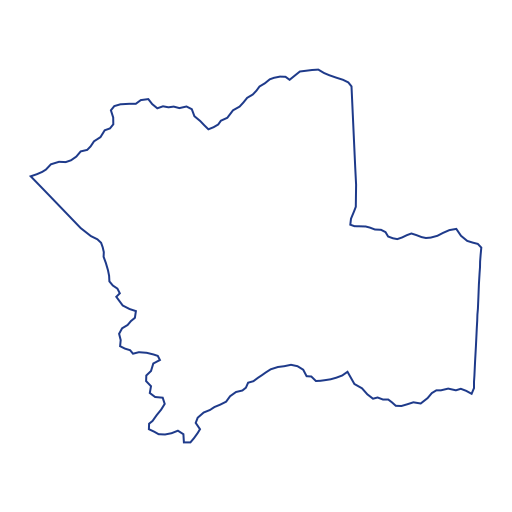 the district of Rio Bonito, Rio de Janeiro, Brazil
{"feature_id": "56859067B12785647201929", "entity_name": "Rio Bonito", "entity_type": "district", "adm_level": 2, "iso_a3": "BRA", "parent_name": "Brazil", "parent_adm1": "Rio de Janeiro", "projection": "albers", "projection_center": [-42.592, -22.736], "detail": "fine", "context": "isolated", "style": "outline", "palette": "blue", "viewbox_px": 512, "rotation_deg": 0, "n_neighbors": 0, "source": "geoboundaries", "source_scale": "gbopen_adm2", "svg_char_len": 2812}
<svg xmlns="http://www.w3.org/2000/svg" viewBox="0 0 512 512"><path d="M481.3,247.6L477.8,243.9L472.7,242.6L467.2,240.9L461.0,235.8L456.3,228.9L449.4,230.1L443.0,232.9L437.4,235.8L430.7,237.6L425.9,238.0L421.6,237.1L416.4,235.1L411.4,233.5L407.0,235.1L402.0,237.5L397.3,239.1L393.0,238.3L388.1,236.5L385.5,232.1L381.0,229.8L374.9,229.5L369.9,227.6L365.7,226.5L359.8,226.3L354.5,226.2L350.3,224.7L351.0,218.7L354.0,211.5L355.8,206.8L356.1,184.8L355.2,167.1L351.5,86.4L348.3,82.4L343.0,79.8L336.1,77.6L329.2,75.2L324.0,73.0L318.3,69.6L312.0,70.0L305.6,70.8L299.9,71.5L294.9,75.5L289.6,79.8L285.5,76.8L280.0,76.6L274.0,77.8L269.8,79.3L265.0,83.2L259.5,86.5L256.4,90.7L252.8,94.5L247.2,97.8L243.3,102.6L239.6,106.6L233.0,110.3L227.3,117.8L220.9,120.7L218.2,124.5L213.6,127.2L208.4,129.3L204.3,125.3L200.2,121.0L194.4,116.2L191.8,109.2L186.5,106.5L179.4,108.1L173.7,106.6L168.5,107.3L163.0,106.3L157.3,108.3L152.2,104.1L148.3,99.1L140.8,100.1L135.8,103.8L129.2,103.8L120.4,104.3L114.3,106.1L110.9,110.3L113.2,117.5L113.3,124.3L110.0,128.4L104.7,130.3L100.5,137.1L94.0,141.3L90.6,146.4L87.2,149.9L80.7,151.4L76.3,156.6L71.0,160.3L65.7,162.1L59.0,161.8L50.9,164.3L45.9,169.6L42.2,171.9L36.9,174.2L30.7,176.3L46.8,192.9L80.7,228.1L90.9,236.1L97.4,239.3L101.1,242.8L102.7,247.3L103.8,252.1L103.6,256.8L105.9,263.1L108.0,270.3L109.1,275.8L109.4,281.4L112.8,285.5L117.4,288.6L119.8,293.3L116.3,296.8L119.6,301.3L122.7,305.5L129.5,309.0L135.9,311.1L134.9,317.8L130.9,321.1L127.6,325.0L122.1,328.3L119.1,333.8L120.7,340.1L120.1,346.2L124.9,348.6L130.1,350.2L133.0,353.7L138.9,352.2L146.7,352.8L153.6,354.5L157.8,355.9L159.9,360.0L153.3,363.5L151.0,371.0L146.3,375.5L146.1,381.1L151.0,386.2L149.8,393.0L155.1,397.0L162.7,397.7L164.7,403.9L161.1,409.7L156.7,415.1L152.5,421.0L149.1,423.7L148.9,429.2L154.2,431.7L158.6,434.2L165.0,434.5L171.6,433.2L177.9,430.7L183.4,434.2L183.9,442.4L190.4,442.4L194.1,438.0L197.7,433.0L200.0,429.2L195.7,422.9L197.7,417.7L203.7,412.5L209.9,410.0L214.5,407.0L220.1,404.7L226.1,401.7L230.1,396.2L236.0,392.0L242.4,390.5L245.9,387.7L248.1,382.7L253.4,381.2L258.1,377.7L261.9,375.2L265.7,372.5L270.7,369.3L277.9,367.0L284.3,366.2L291.0,364.8L297.5,366.2L303.2,369.7L306.6,376.2L311.3,376.5L315.9,381.0L320.3,380.8L324.7,380.2L330.6,379.3L336.3,377.7L342.2,375.5L347.5,371.8L354.4,384.0L362.0,388.3L367.3,394.3L373.0,398.7L377.6,397.5L382.9,399.5L388.2,399.5L391.9,402.3L395.8,405.8L401.4,406.0L407.2,404.3L413.4,402.3L420.7,403.5L427.6,398.1L431.8,393.1L436.4,390.3L441.0,390.3L448.2,388.6L455.9,390.3L460.8,388.8L466.1,390.8L471.6,393.8L474.0,388.1L474.0,381.6L474.4,375.8L475.1,360.9L475.9,346.6L476.8,327.9L477.2,320.9L477.4,314.6L477.9,308.9L478.2,301.9L478.4,297.1L478.9,284.3L479.6,272.7L480.0,267.3L480.1,261.6L480.6,255.1L481.3,247.6Z" fill="none" stroke="#1e3a8a" stroke-width="2"/></svg>